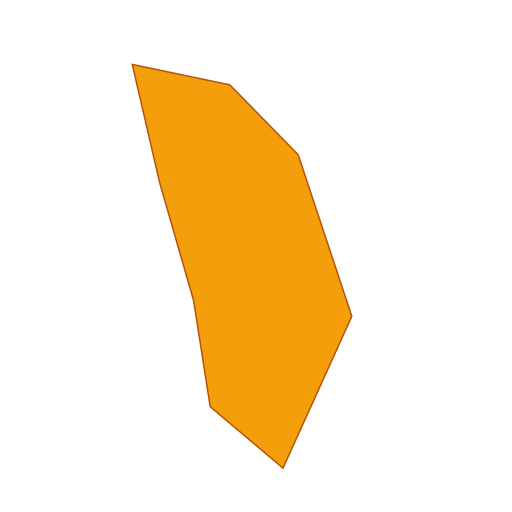 Naxçıvan, orthographic projection, rotated 258°
{"feature_id": "AZE-2422", "entity_name": "Naxçıvan", "entity_type": "Municipality", "adm_level": 1, "iso_a3": "AZE", "parent_name": "Azerbaijan", "parent_adm1": "", "projection": "orthographic", "projection_center": [45.44, 39.213], "detail": "fine", "context": "isolated", "style": "filled", "palette": "amber", "viewbox_px": 512, "rotation_deg": 258, "n_neighbors": 0, "source": "natural_earth", "source_scale": "10m", "svg_char_len": 278}
<svg xmlns="http://www.w3.org/2000/svg" viewBox="0 0 512 512"><g transform="rotate(258 256 256)"><path d="M469.1,174.8L428.8,266.0L346.3,318.3L177.1,337.2L42.9,238.3L118.0,179.9L225.3,185.7L347.9,177.0L469.1,174.8Z" fill="#f59e0b" stroke="#b45309" stroke-width="1.5"/></g></svg>